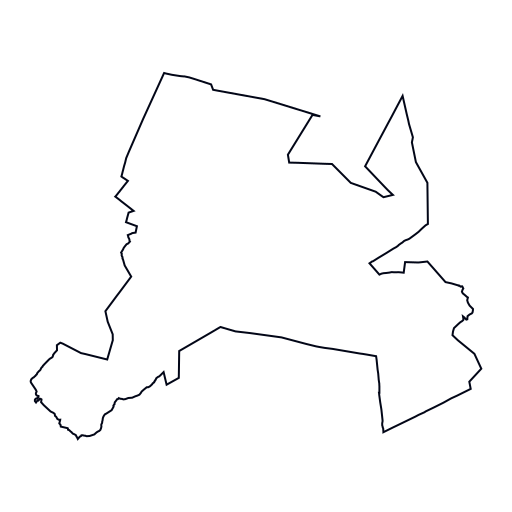 the district of Amatenango del Valle, Chiapas, Mexico
{"feature_id": "50627088B92291205530410", "entity_name": "Amatenango del Valle", "entity_type": "district", "adm_level": 2, "iso_a3": "MEX", "parent_name": "Mexico", "parent_adm1": "Chiapas", "projection": "albers", "projection_center": [-92.415, 16.516], "detail": "fine", "context": "isolated", "style": "outline", "palette": "ink", "viewbox_px": 512, "rotation_deg": 0, "n_neighbors": 0, "source": "geoboundaries", "source_scale": "gbopen_adm2", "svg_char_len": 5930}
<svg xmlns="http://www.w3.org/2000/svg" viewBox="0 0 512 512"><path d="M402.6,95.9L395.6,109.1L391.6,116.7L387.6,124.1L383.4,132.0L378.9,140.4L374.9,147.9L365.1,166.3L369.1,170.5L376.6,178.4L384.9,187.1L387.9,190.2L391.7,193.8L392.9,194.9L383.5,197.2L381.7,196.0L375.7,191.7L350.8,182.9L332.0,164.0L324.7,163.8L297.9,162.8L289.2,162.6L287.9,154.7L312.5,114.9L320.4,116.4L264.6,99.2L218.4,90.8L213.1,89.8L211.1,84.4L193.1,78.6L190.8,77.9L189.2,77.4L184.4,76.4L183.6,76.4L183.4,76.4L180.3,76.1L171.9,74.8L165.9,73.5L164.1,73.0L143.1,119.0L128.8,151.9L126.2,158.1L125.1,162.7L124.1,166.0L123.2,169.6L123.1,170.1L122.8,171.1L122.6,171.9L122.1,174.0L121.4,176.5L122.9,177.6L123.4,177.9L123.9,178.2L127.9,180.9L123.7,186.1L122.9,187.2L122.5,187.7L122.1,188.1L122.0,188.3L121.4,189.1L120.8,189.8L119.5,191.5L119.4,191.7L118.8,192.3L118.4,192.8L117.9,193.5L117.0,194.6L116.7,195.0L115.7,196.2L115.3,196.6L116.5,197.5L117.8,198.5L119.1,199.5L120.1,200.3L121.4,201.4L123.0,202.6L124.4,203.7L125.7,204.7L133.6,210.9L128.6,212.6L126.8,219.2L126.8,219.3L126.8,219.5L126.7,219.8L126.0,222.2L136.9,226.2L135.6,232.6L132.2,233.1L131.5,233.6L127.8,235.1L128.1,236.1L128.4,237.5L128.7,238.0L129.0,238.4L129.4,239.5L129.6,241.3L129.9,241.6L129.1,242.5L128.0,243.6L126.6,244.2L124.9,246.3L124.0,247.5L123.6,248.1L123.2,249.1L122.8,249.9L122.6,250.1L121.8,251.5L121.1,252.6L121.5,253.3L121.7,253.6L121.8,253.8L121.7,254.6L121.6,255.2L121.8,255.6L121.9,256.1L122.0,256.4L122.5,257.1L122.5,258.7L122.9,259.1L124.7,265.5L131.2,276.6L119.2,292.7L116.9,295.7L105.4,311.2L107.7,321.7L112.7,334.3L112.8,340.2L112.3,341.9L107.2,359.5L85.1,354.0L81.0,353.1L79.3,352.2L62.7,343.6L60.3,342.7L56.9,345.2L57.0,350.3L54.5,353.0L53.1,354.9L53.1,355.6L52.8,356.2L52.5,357.0L51.9,357.5L51.5,357.8L50.9,358.1L49.8,358.8L48.9,359.6L44.4,364.2L43.7,365.0L42.9,365.8L42.5,366.7L41.8,367.3L41.3,367.9L40.8,368.9L40.4,369.8L39.9,370.4L39.0,371.1L38.2,372.0L37.4,372.9L37.0,373.7L36.8,374.4L36.1,374.9L35.3,376.0L34.9,376.2L33.7,377.4L32.7,377.9L31.2,379.4L31.0,380.1L30.7,380.9L30.7,381.7L31.0,382.6L34.7,388.1L35.7,389.6L36.3,390.8L36.6,391.5L36.3,392.3L35.9,393.1L35.9,394.0L36.1,394.6L36.5,395.2L37.2,395.7L38.5,396.0L38.5,397.1L37.4,398.2L36.3,398.4L35.4,399.0L34.9,399.8L34.9,401.1L36.0,402.5L37.0,401.1L37.5,400.3L37.9,400.4L38.3,400.6L38.7,400.3L39.1,399.6L39.6,398.9L40.6,398.8L41.5,399.4L41.1,402.2L43.8,405.2L50.6,411.5L53.3,412.8L54.6,413.8L54.8,414.4L55.0,415.8L56.2,416.8L57.4,419.0L59.0,419.8L60.2,419.7L60.1,420.4L59.3,423.4L60.5,424.8L60.8,426.6L67.7,428.2L67.9,428.7L68.0,429.5L68.2,429.9L68.6,429.9L69.2,430.1L70.8,431.7L71.4,432.0L72.2,433.0L73.1,433.8L74.0,434.1L75.1,434.7L75.9,435.2L76.3,436.1L76.4,436.5L77.0,437.2L77.8,439.0L78.9,437.7L79.6,436.9L79.9,436.6L80.8,436.2L81.4,435.7L81.4,435.4L82.0,435.2L82.6,435.3L83.3,435.4L84.3,435.7L85.2,435.7L86.0,436.0L86.7,436.2L88.0,436.1L89.6,436.0L94.4,434.4L95.3,433.5L96.0,432.9L96.7,432.3L97.8,431.6L99.1,431.0L100.3,430.0L101.0,428.3L101.4,426.6L101.3,425.6L101.3,424.6L101.5,424.1L101.8,423.5L101.9,423.4L102.1,422.8L102.2,422.2L102.2,421.5L102.5,420.7L102.6,419.9L102.7,419.4L102.8,418.4L103.1,417.4L103.3,416.9L103.8,415.9L104.4,415.0L105.3,414.0L106.0,413.8L107.7,412.7L111.6,410.2L113.5,406.8L113.6,406.3L113.4,405.9L113.4,405.6L113.6,405.3L114.1,404.6L114.5,404.3L114.5,403.8L114.8,402.3L116.3,400.4L117.1,399.2L117.9,399.1L118.8,398.1L119.4,398.5L120.0,398.6L120.7,398.8L121.3,398.9L122.0,398.9L123.4,399.4L125.4,399.1L128.3,398.0L132.2,397.7L135.3,396.3L137.4,395.6L139.4,394.7L140.8,393.0L141.6,391.6L143.6,389.8L146.3,387.6L146.6,387.3L147.4,387.2L148.0,387.3L149.3,386.7L150.1,386.2L150.4,385.9L151.3,385.1L151.6,384.7L152.2,384.3L152.4,383.8L152.7,383.3L153.4,382.9L154.2,382.3L154.2,381.8L154.3,381.5L154.9,381.0L155.0,380.4L155.7,379.8L155.9,379.1L156.3,378.2L157.1,377.6L157.7,377.1L158.0,376.9L158.6,376.7L159.3,376.3L160.4,375.3L163.6,372.1L166.6,384.7L178.8,377.9L179.2,351.0L184.9,347.7L210.4,332.9L220.4,327.0L235.5,331.4L250.3,333.1L281.5,337.4L306.4,344.0L316.2,346.4L319.4,347.0L324.7,347.9L332.6,348.9L359.7,353.5L361.9,353.8L362.1,353.8L367.0,354.6L376.1,356.2L376.6,359.7L377.6,369.6L378.2,373.5L378.6,378.3L378.7,379.6L379.3,383.8L379.3,384.8L379.4,386.3L379.4,387.6L379.4,392.5L379.4,392.8L379.0,392.8L379.1,393.4L379.2,394.7L380.2,402.2L381.0,407.1L381.4,409.6L382.5,419.8L382.6,420.9L382.4,422.3L382.2,423.1L382.2,424.6L382.2,425.3L382.6,426.5L382.7,427.3L383.2,428.5L383.4,431.6L383.4,432.2L393.5,427.2L395.4,426.3L415.4,416.6L418.2,415.1L418.6,414.9L419.9,414.3L424.6,412.2L425.5,411.5L434.4,407.2L443.4,402.7L449.5,399.3L451.3,398.3L457.0,395.7L470.7,388.9L469.3,381.7L481.3,368.7L474.4,353.8L464.4,345.6L457.9,340.3L452.5,335.2L453.0,331.5L454.0,328.1L458.1,324.2L460.0,322.5L460.8,321.9L462.0,321.2L463.3,320.0L463.4,319.2L463.3,318.2L463.0,316.4L464.4,317.5L465.1,318.4L466.3,319.6L467.3,319.3L467.4,317.5L467.6,316.1L469.6,314.5L471.8,313.4L472.5,312.5L472.9,310.5L473.0,309.0L469.6,305.6L467.9,302.6L467.2,300.2L467.9,297.5L466.8,296.8L465.6,295.7L464.2,294.5L462.8,293.4L461.9,291.7L462.6,289.6L463.3,288.5L462.6,287.1L462.5,286.8L462.2,286.3L461.9,286.3L461.6,286.4L461.4,286.4L460.8,286.7L460.1,286.3L459.4,285.6L458.5,285.7L458.2,285.3L457.5,285.2L451.5,283.4L445.5,282.1L427.4,261.5L418.5,262.5L405.1,262.1L403.7,272.7L401.0,272.4L398.7,272.2L394.3,272.3L393.0,272.2L391.7,272.1L389.3,272.6L386.1,273.0L383.5,273.2L381.3,273.7L380.6,274.1L379.8,274.4L379.4,274.6L369.5,263.3L371.1,262.2L372.0,261.5L372.9,261.3L378.9,257.5L379.1,257.4L386.4,253.0L393.4,248.6L396.2,247.1L397.3,246.3L398.1,245.7L398.8,244.9L399.3,244.6L400.1,244.0L400.6,243.6L401.8,242.9L402.6,242.3L404.2,240.9L405.5,240.3L406.2,240.0L407.2,239.7L408.0,239.4L409.4,238.7L415.4,234.3L418.5,231.9L421.8,228.7L425.6,225.3L427.9,224.0L427.4,182.8L418.5,166.8L415.9,162.1L411.9,142.4L412.9,137.3L409.0,124.0L408.3,120.6L406.7,114.0L402.6,95.9Z" fill="none" stroke="#020617" stroke-width="2"/></svg>